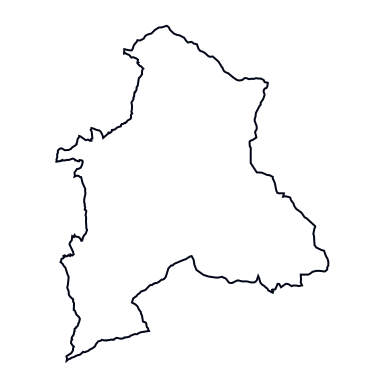 Bicazu Ardelean, Harghita, Romania (Mercator projection), rotated 89°
{"feature_id": "2599482B37807785334683", "entity_name": "Bicazu Ardelean", "entity_type": "district", "adm_level": 2, "iso_a3": "ROU", "parent_name": "Romania", "parent_adm1": "Harghita", "projection": "mercator", "projection_center": [25.893, 46.894], "detail": "fine", "context": "isolated", "style": "outline", "palette": "ink", "viewbox_px": 384, "rotation_deg": 89, "n_neighbors": 0, "source": "geoboundaries", "source_scale": "gbopen_adm2", "svg_char_len": 6010}
<svg xmlns="http://www.w3.org/2000/svg" viewBox="0 0 384 384"><g transform="rotate(89 192 192)"><path d="M358.6,320.3L357.1,318.4L356.5,317.2L356.5,316.4L355.6,315.4L355.0,313.0L353.4,310.0L353.2,308.9L353.0,308.0L352.4,306.4L349.9,303.7L350.3,302.9L350.2,301.7L349.0,298.4L348.2,297.6L346.2,293.8L344.7,291.7L342.8,290.9L339.7,288.4L339.1,285.8L338.2,284.7L339.0,282.2L338.6,280.6L339.1,279.7L338.6,278.5L338.6,277.0L338.1,275.8L338.4,274.2L338.1,273.5L338.4,272.8L337.0,271.2L336.5,269.7L337.4,266.2L337.3,264.0L336.8,262.5L336.3,262.2L336.1,259.5L335.5,256.8L334.6,256.1L334.3,254.8L333.1,252.0L333.2,249.2L332.2,247.9L331.3,245.5L330.2,237.4L329.0,238.1L327.5,238.3L326.5,239.4L322.0,240.3L321.1,241.8L321.0,242.9L320.5,243.3L314.5,244.2L312.8,245.1L311.1,245.3L308.2,247.3L305.5,248.4L303.3,250.6L301.5,254.0L297.3,252.6L295.1,249.3L293.6,248.2L292.1,246.0L290.6,244.7L289.2,240.4L284.7,235.9L284.2,234.9L284.4,233.7L283.0,232.0L283.1,231.6L282.4,230.4L282.5,229.1L281.0,226.2L280.3,225.6L279.1,223.8L279.0,222.5L278.5,221.4L276.4,219.7L267.9,216.9L265.1,214.1L265.1,212.5L263.5,211.0L259.5,201.0L259.2,199.7L256.3,194.8L256.1,193.5L259.7,191.6L265.0,190.8L270.0,188.9L275.1,181.9L276.8,177.0L277.9,170.3L278.1,167.9L277.3,163.2L278.2,162.0L278.5,160.7L279.8,159.1L283.1,156.8L283.7,154.9L283.6,153.4L281.2,148.2L281.4,146.5L282.2,143.8L282.4,138.3L283.4,134.9L283.5,131.4L282.8,130.0L281.1,128.6L277.2,127.3L279.6,126.3L283.6,125.3L285.7,123.7L287.4,121.1L288.5,120.2L289.9,118.3L291.7,117.5L294.1,113.0L293.0,112.6L292.1,113.6L291.2,113.7L290.9,113.1L291.0,111.0L290.6,110.3L285.3,108.0L285.5,106.4L288.8,104.7L285.6,100.0L285.4,99.1L285.9,97.1L287.9,93.9L287.3,92.5L287.3,89.7L287.9,86.7L287.4,84.0L287.3,83.6L284.3,84.9L281.5,84.5L276.5,84.7L276.6,77.2L275.9,75.6L273.9,72.9L273.0,69.2L273.1,65.7L273.8,60.7L272.5,58.7L271.6,58.1L270.1,58.2L267.8,57.0L264.2,56.9L261.6,57.5L258.1,59.3L253.3,60.9L252.9,61.1L252.4,63.3L249.6,68.8L247.2,70.4L238.0,70.8L236.0,71.4L230.8,70.3L229.0,69.4L228.3,69.5L220.2,78.0L219.2,79.9L214.6,82.9L210.7,88.1L207.8,90.0L205.5,90.6L201.8,93.2L199.4,93.9L198.8,95.0L198.1,97.7L197.9,99.4L198.3,101.0L195.0,100.1L194.8,103.0L194.9,104.9L194.3,106.7L192.0,107.7L184.7,109.0L181.4,110.2L180.7,110.9L178.3,111.0L176.5,114.3L176.3,116.5L173.9,121.7L173.5,126.9L164.1,132.8L148.6,132.5L147.5,133.4L143.0,133.6L141.9,133.0L140.9,130.2L138.6,126.7L133.0,127.9L130.3,126.2L127.3,126.2L122.3,128.0L120.4,128.1L117.8,127.2L114.0,126.7L107.0,122.9L105.9,121.8L103.7,121.7L101.0,119.6L98.8,118.6L96.3,117.8L95.3,117.8L92.9,118.7L91.1,118.3L89.8,117.4L89.3,115.7L88.6,115.3L87.2,114.7L84.1,114.3L83.4,117.5L81.4,118.3L79.9,120.9L79.6,124.7L79.3,125.6L80.0,128.7L79.8,130.9L80.2,132.8L79.1,135.7L79.0,137.0L79.7,138.4L80.6,139.2L81.2,141.2L81.3,143.3L80.7,145.2L78.5,148.4L73.8,153.9L73.1,155.8L71.9,157.7L69.5,159.0L68.5,159.2L67.6,160.0L62.1,163.2L56.9,168.9L57.1,171.8L56.4,173.3L53.3,176.6L52.0,178.5L51.1,181.3L48.8,183.1L44.4,184.5L43.6,187.7L42.1,189.5L41.9,190.4L42.5,193.5L40.6,195.3L37.7,197.1L35.3,201.4L34.6,204.4L33.3,207.3L29.7,211.0L26.7,212.5L25.4,214.3L26.9,219.5L26.9,221.8L27.2,222.7L29.3,226.2L32.8,229.8L33.6,233.1L35.1,236.0L37.9,237.7L39.6,241.3L39.3,244.0L40.5,244.4L44.1,247.5L48.3,249.0L49.4,249.9L49.1,253.0L48.0,257.2L52.4,257.5L52.0,256.2L53.0,254.7L53.8,252.5L56.6,250.2L56.2,248.3L57.7,245.0L58.9,243.6L60.9,244.2L61.4,243.6L61.6,244.3L62.3,244.3L65.0,242.0L65.2,241.1L67.7,238.6L68.0,239.1L71.1,240.0L73.1,239.8L75.9,241.6L77.1,243.1L85.0,244.5L86.1,245.5L88.8,245.7L91.2,247.0L91.0,247.5L92.5,248.0L95.5,248.2L96.6,249.0L97.9,248.8L101.6,251.0L104.3,250.5L108.2,250.6L110.7,251.2L112.4,250.4L113.3,251.4L114.5,251.8L116.5,251.6L117.8,252.2L119.6,255.4L120.3,255.7L121.8,257.3L121.5,257.7L122.7,259.7L122.8,260.9L123.6,261.7L125.1,262.0L126.0,265.4L128.2,268.1L128.6,270.8L129.2,270.6L129.6,271.3L130.4,271.6L131.3,272.6L131.7,273.4L131.0,274.1L131.2,274.6L131.9,274.5L136.4,279.9L133.9,280.4L130.6,281.9L129.5,282.8L128.7,284.1L128.3,286.3L126.9,289.3L126.3,291.4L127.1,291.5L128.0,292.2L130.2,291.2L136.8,290.7L137.3,292.0L137.7,292.2L138.9,291.7L139.1,293.0L137.8,295.0L138.3,297.4L134.6,302.4L134.0,303.8L135.0,303.9L137.0,305.4L140.8,306.2L141.8,306.8L142.3,306.6L143.2,307.5L145.3,311.0L146.7,312.2L147.8,314.4L148.0,318.4L146.4,321.0L146.0,322.2L146.8,324.0L148.3,325.4L150.4,325.4L152.0,326.2L154.8,326.1L157.0,326.9L157.9,326.7L159.3,327.1L159.4,326.6L159.0,325.8L159.0,324.2L158.2,322.2L158.6,322.4L158.1,319.9L158.2,318.0L157.6,316.5L157.9,315.4L157.6,313.8L157.0,312.4L156.5,310.3L157.6,308.4L158.4,308.2L158.4,307.3L159.3,305.3L159.3,304.3L158.1,303.9L158.5,301.5L159.1,300.9L160.5,300.8L163.0,301.5L165.7,302.8L166.7,304.7L167.0,306.6L170.6,309.2L173.4,308.8L174.6,309.2L173.7,306.9L173.7,305.9L174.0,305.0L175.1,303.7L175.2,302.6L181.2,301.2L187.2,298.6L188.4,298.9L192.0,298.6L197.3,299.9L200.8,300.0L201.8,299.4L204.0,299.6L205.3,299.0L207.8,299.6L208.5,298.3L209.0,298.0L213.6,298.8L215.4,298.3L219.6,298.5L226.8,298.2L227.9,297.6L228.5,297.7L231.9,299.1L233.4,300.6L235.7,301.9L238.1,302.4L238.9,303.0L238.9,303.5L236.8,304.4L235.0,306.2L234.5,309.2L233.0,310.2L235.0,311.0L234.0,312.5L238.2,313.1L240.3,314.8L242.2,315.4L249.7,312.0L252.3,311.4L253.4,313.0L252.3,314.6L253.8,315.0L253.4,316.3L252.9,316.6L253.9,317.7L254.2,319.0L253.6,319.4L253.1,320.6L253.8,321.7L254.8,320.9L255.7,321.7L256.2,322.2L256.5,323.6L259.0,324.2L259.7,324.7L261.7,322.5L263.7,321.5L265.2,320.0L272.5,317.8L274.7,316.8L281.7,317.6L285.6,318.4L288.9,317.1L292.5,316.9L295.0,315.4L295.3,314.7L296.6,313.7L297.1,312.7L299.5,312.8L300.9,312.0L301.7,311.9L307.9,312.3L308.6,311.2L312.5,309.7L315.2,307.1L316.9,306.3L320.6,307.3L321.4,308.0L322.3,308.0L324.3,308.9L325.1,310.2L326.0,310.5L326.6,311.7L328.6,312.0L329.0,311.7L330.9,312.6L332.2,312.6L334.8,314.4L336.3,315.0L337.4,314.3L338.5,315.3L340.9,315.6L343.5,314.0L344.6,312.8L346.3,313.7L348.4,313.8L351.0,315.5L354.0,320.4L356.4,319.9L358.6,320.3Z" fill="none" stroke="#020617" stroke-width="2"/></g></svg>